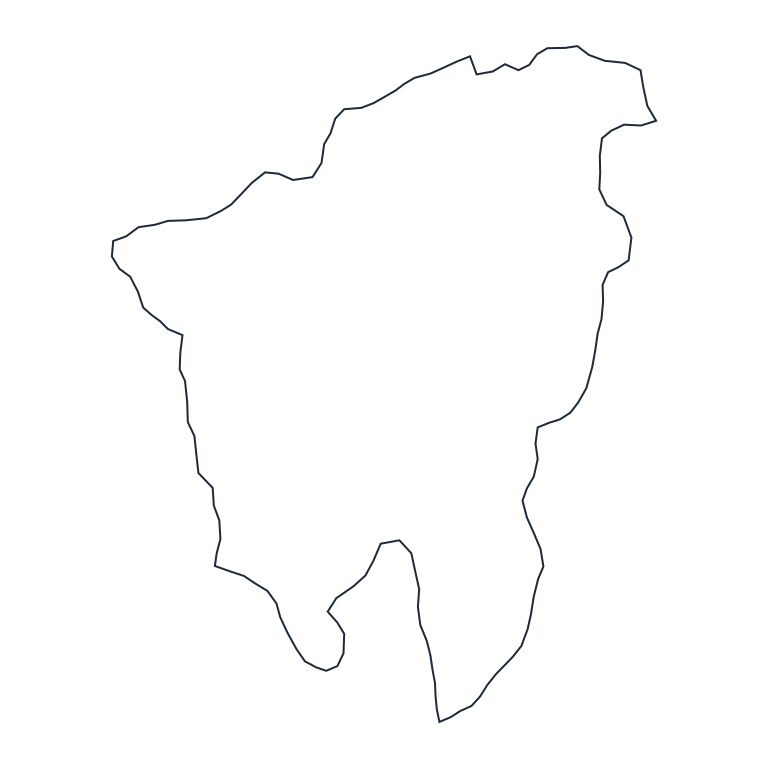 Inconfidentes, Minas Gerais, Brazil (Natural Earth projection)
{"feature_id": "56859067B44116349534136", "entity_name": "Inconfidentes", "entity_type": "district", "adm_level": 2, "iso_a3": "BRA", "parent_name": "Brazil", "parent_adm1": "Minas Gerais", "projection": "natural_earth1", "projection_center": [-46.281, -22.345], "detail": "fine", "context": "isolated", "style": "outline", "palette": "slate", "viewbox_px": 768, "rotation_deg": 0, "n_neighbors": 0, "source": "geoboundaries", "source_scale": "gbopen_adm2", "svg_char_len": 1917}
<svg xmlns="http://www.w3.org/2000/svg" viewBox="0 0 768 768"><path d="M537.7,459.1L535.5,443.6L537.7,427.4L549.6,422.6L559.7,419.5L570.3,412.7L578.2,402.5L586.3,388.3L592.3,366.8L595.4,349.5L597.6,333.8L601.5,319.1L603.1,301.6L602.6,284.8L608.1,272.2L618.2,267.3L628.6,260.4L631.4,237.6L623.5,216.2L606.6,204.9L599.3,189.4L600.2,172.4L599.8,155.9L602.0,138.3L611.2,130.7L624.0,124.7L641.1,125.5L656.1,120.8L647.3,105.8L643.3,87.2L640.5,70.2L625.1,62.9L604.8,60.8L589.0,55.0L577.3,46.1L565.2,47.9L547.4,48.2L537.1,54.2L529.2,64.9L518.4,70.2L505.0,64.2L492.7,71.5L476.6,74.4L470.0,56.3L457.0,61.5L445.1,67.0L430.4,73.6L414.6,77.8L404.4,83.8L395.4,90.6L383.1,97.7L373.4,103.2L361.1,107.9L344.2,109.2L335.2,118.7L330.5,133.3L324.2,144.1L321.5,163.0L312.5,177.1L293.1,180.0L278.6,173.7L265.0,172.4L251.6,183.1L241.2,194.1L231.1,204.6L221.0,210.9L206.3,218.2L186.0,220.3L168.0,220.9L154.8,224.8L138.5,227.2L126.2,236.3L113.2,241.0L111.9,256.5L119.4,268.8L130.2,276.7L137.9,291.6L143.2,307.6L151.5,314.9L160.1,321.2L168.0,329.1L182.5,335.1L180.3,352.7L179.7,369.5L185.0,381.0L187.2,401.9L187.8,422.1L194.4,436.0L196.2,453.0L198.4,473.0L212.7,487.9L213.8,505.5L219.3,520.4L220.4,539.0L216.6,553.7L214.9,566.0L229.6,571.2L244.1,576.0L254.9,583.3L267.4,590.9L276.5,603.5L280.2,617.1L287.0,631.8L296.3,648.8L305.0,661.4L316.3,667.4L326.2,670.8L337.4,666.1L343.5,653.3L344.2,633.9L337.4,622.6L327.7,611.6L336.3,598.2L353.6,586.2L365.5,575.4L373.4,560.8L380.7,543.7L399.4,540.3L411.3,553.2L415.2,571.2L419.2,589.3L417.9,606.9L420.3,625.0L426.9,641.2L430.4,655.4L432.6,670.3L435.0,682.9L435.5,695.7L436.8,709.1L439.4,721.9L450.6,717.2L459.9,711.2L471.5,705.9L480.1,696.5L487.3,685.0L495.9,674.2L503.8,666.1L512.9,656.7L521.4,645.9L527.6,629.2L530.9,614.5L533.8,596.4L538.2,578.8L543.4,566.5L540.6,549.2L533.8,533.0L526.9,517.5L522.5,500.7L526.9,488.4L533.8,476.6L537.7,459.1Z" fill="none" stroke="#1e293b" stroke-width="2"/></svg>